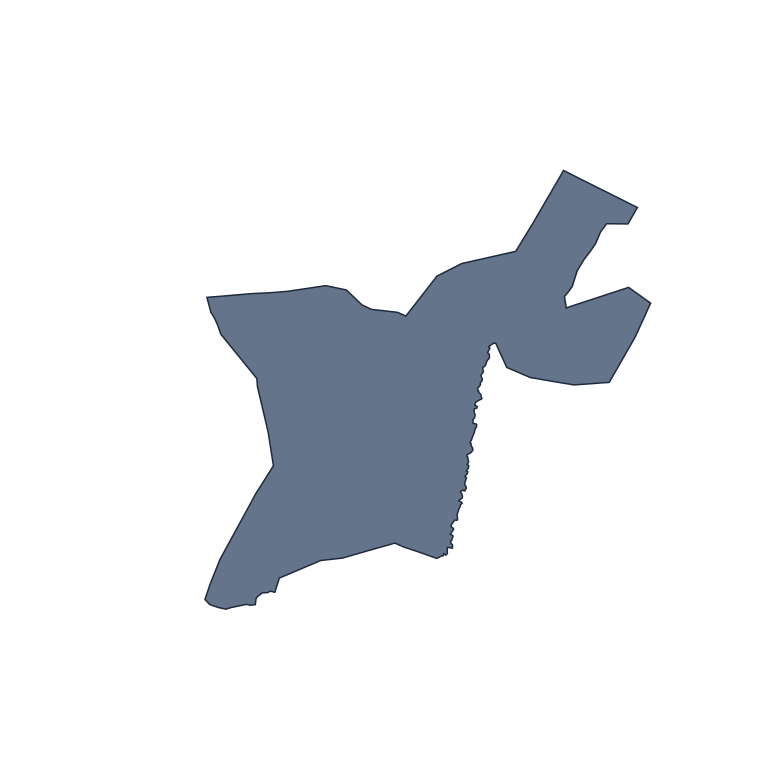 the district of Santa Cruz Tayata, Oaxaca, Mexico, rotated 29°
{"feature_id": "50627088B22135699876019", "entity_name": "Santa Cruz Tayata", "entity_type": "district", "adm_level": 2, "iso_a3": "MEX", "parent_name": "Mexico", "parent_adm1": "Oaxaca", "projection": "robinson", "projection_center": [-97.56, 17.376], "detail": "fine", "context": "isolated", "style": "filled", "palette": "slate", "viewbox_px": 768, "rotation_deg": 29, "n_neighbors": 0, "source": "geoboundaries", "source_scale": "gbopen_adm2", "svg_char_len": 3182}
<svg xmlns="http://www.w3.org/2000/svg" viewBox="0 0 768 768"><g transform="rotate(29 384 384)"><path d="M550.4,292.8L557.7,288.1L562.0,285.3L565.7,282.9L569.5,280.4L572.9,278.1L578.9,274.3L580.2,273.4L580.3,267.0L580.8,230.6L580.9,224.7L580.9,221.1L580.8,219.7L580.4,214.1L579.9,208.4L579.8,207.2L579.4,201.0L579.0,195.9L578.9,195.6L578.0,184.0L574.4,183.6L551.1,180.9L506.5,229.0L499.4,220.0L500.4,215.1L501.4,207.5L498.1,191.3L498.6,178.1L500.1,168.2L501.0,158.7L499.7,146.0L501.0,135.9L519.8,125.7L520.1,106.8L513.9,107.1L490.7,108.0L483.1,108.3L479.3,108.5L472.9,108.8L464.6,109.1L458.8,109.4L437.5,110.2L437.0,137.6L436.9,139.4L436.3,170.7L434.9,204.1L393.6,240.9L383.3,256.1L378.0,264.0L376.0,276.8L371.9,303.1L370.2,314.0L361.3,314.7L346.7,320.7L336.9,324.8L326.5,325.5L305.5,320.0L285.4,326.2L271.7,336.7L259.9,345.7L255.3,349.3L249.2,353.4L237.6,361.0L224.9,368.8L187.1,394.1L197.7,405.1L203.3,408.3L206.1,410.3L209.9,413.1L217.2,419.6L270.2,440.9L274.3,447.3L303.5,479.5L306.2,482.5L309.7,487.0L326.9,509.1L326.3,520.5L325.4,535.8L325.0,542.4L325.1,549.7L325.6,617.3L329.1,644.5L331.9,659.3L337.8,661.2L340.8,661.1L345.7,660.1L347.4,659.8L354.9,657.6L358.5,653.8L370.7,643.3L374.4,642.3L378.4,639.4L376.1,633.6L376.5,631.1L378.8,625.7L383.2,623.0L385.0,620.3L389.5,619.1L386.6,604.5L386.9,604.0L402.1,584.6L410.9,573.3L414.3,569.0L427.0,560.0L432.0,556.5L453.2,535.2L461.9,526.6L470.6,517.9L481.0,516.9L495.2,514.2L514.6,511.0L515.6,509.8L516.9,507.5L519.1,505.3L518.7,503.4L521.1,503.7L521.6,501.5L519.9,498.8L518.7,496.1L523.5,494.4L522.0,491.6L520.2,491.0L518.4,489.6L519.1,488.0L518.8,487.4L518.3,483.8L517.5,483.2L514.9,483.2L515.3,477.8L515.4,477.3L514.5,476.6L512.0,476.3L511.1,474.9L511.8,468.8L512.9,468.3L514.0,467.8L513.8,466.3L511.2,463.0L510.8,460.1L510.5,458.9L510.2,458.0L510.0,454.4L509.5,452.7L510.2,450.4L508.7,449.7L506.0,449.9L506.4,448.2L507.7,446.2L507.1,444.2L505.6,442.6L503.2,441.3L504.3,438.7L506.5,438.4L506.5,435.3L505.5,433.9L503.6,433.0L502.3,431.3L502.6,430.9L501.6,426.0L499.6,425.7L500.3,422.4L499.9,420.2L498.3,420.2L498.6,416.8L497.7,414.3L495.6,414.0L495.9,411.6L495.6,410.9L492.5,407.2L491.4,407.0L490.9,405.7L492.3,403.6L493.5,401.3L493.8,399.0L492.8,397.3L489.7,395.3L489.0,393.8L488.0,393.8L487.5,392.3L487.6,390.3L487.0,387.4L487.1,386.7L486.9,386.0L486.6,383.0L485.5,379.1L485.7,376.8L485.0,374.9L484.1,374.3L481.0,375.2L479.2,372.3L479.5,369.3L478.7,366.8L476.3,364.7L475.0,361.9L476.9,360.1L476.6,358.5L473.8,358.6L473.0,355.5L475.7,351.0L476.5,350.2L476.6,349.1L475.5,348.2L473.5,346.0L471.2,345.6L470.1,344.2L469.4,344.6L468.1,342.2L468.8,338.1L467.6,336.0L468.3,333.6L467.6,331.9L464.7,329.8L464.8,326.4L465.1,325.3L464.6,324.6L463.6,323.5L462.4,321.7L463.5,319.7L463.7,317.9L463.0,314.8L462.9,313.2L463.4,311.5L463.5,309.9L462.2,307.7L461.1,306.6L460.2,306.6L459.4,306.3L459.2,303.2L459.4,302.3L459.0,301.0L457.7,300.9L457.7,299.8L459.1,297.2L459.7,295.7L461.8,294.1L462.8,294.8L468.3,298.9L475.9,304.5L483.4,310.0L489.4,309.4L495.5,308.8L498.6,308.4L501.4,308.2L508.9,307.4L515.3,305.1L517.4,304.4L519.8,303.6L530.0,300.0L540.6,296.3L545.2,294.6L550.4,292.8Z" fill="#64748b" stroke="#1e293b" stroke-width="1.5"/></g></svg>